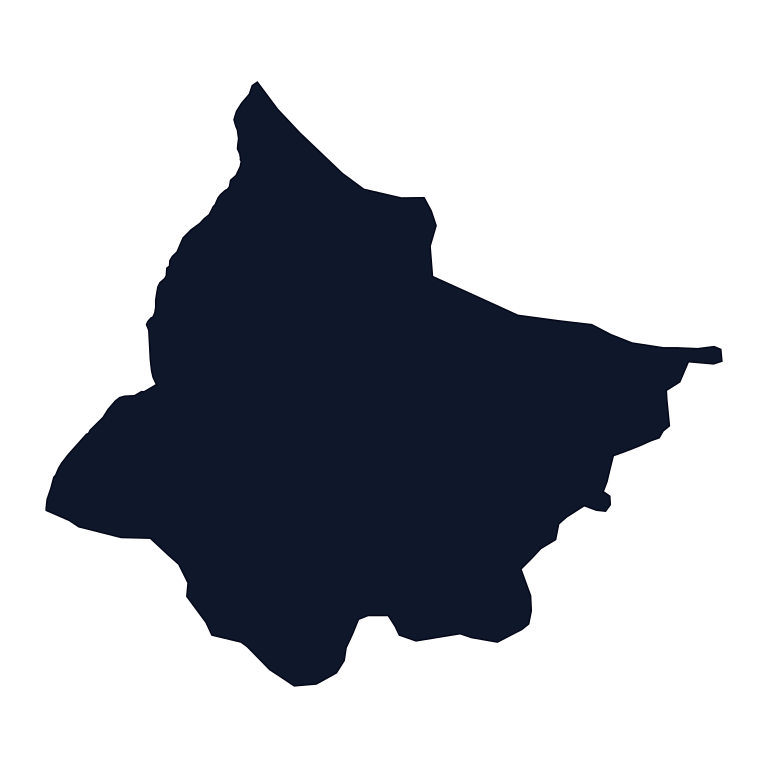 the district of Faro-et-Deo, Adamaoua, Cameroon
{"feature_id": "32672807B79440248069412", "entity_name": "Faro-et-Deo", "entity_type": "district", "adm_level": 2, "iso_a3": "CMR", "parent_name": "Cameroon", "parent_adm1": "Adamaoua", "projection": "orthographic", "projection_center": [12.392, 7.524], "detail": "fine", "context": "isolated", "style": "filled", "palette": "ink", "viewbox_px": 768, "rotation_deg": 0, "n_neighbors": 0, "source": "geoboundaries", "source_scale": "gbopen_adm2", "svg_char_len": 2115}
<svg xmlns="http://www.w3.org/2000/svg" viewBox="0 0 768 768"><path d="M521.9,629.4L524.5,627.3L528.7,623.9L531.3,610.8L530.6,595.8L520.9,569.1L531.3,558.7L540.8,548.5L555.6,539.6L558.7,523.9L566.7,516.9L584.2,505.7L596.4,510.2L605.6,511.2L610.3,504.7L609.8,496.2L603.2,491.6L607.0,481.6L609.9,469.4L613.3,455.7L624.5,451.7L639.8,445.7L650.4,440.9L659.2,437.8L663.1,431.0L669.4,425.9L666.8,399.1L666.3,390.4L679.8,381.9L688.4,361.7L713.5,363.9L721.9,361.2L720.8,349.4L714.1,346.6L697.7,348.7L676.5,347.8L663.3,347.8L632.0,343.0L610.6,334.5L591.8,324.7L557.9,320.7L517.8,315.3L483.0,299.4L480.6,298.3L432.5,276.5L430.1,246.2L436.1,225.6L431.3,211.1L424.1,197.7L401.3,198.0L363.8,189.3L342.4,173.5L338.7,170.0L299.8,132.9L277.6,109.3L257.3,82.1L252.2,85.6L249.4,94.1L244.8,99.5L241.5,103.4L236.5,111.4L235.0,116.2L234.0,119.7L235.7,125.9L237.4,129.9L238.6,138.6L237.9,144.0L237.5,148.9L239.8,153.9L240.5,158.3L240.3,159.7L241.3,161.2L240.2,166.7L236.0,175.5L230.6,180.2L229.5,186.6L227.4,189.4L225.4,190.3L222.8,192.6L220.6,194.6L218.1,197.8L215.1,204.8L213.4,206.4L209.3,214.6L204.1,218.8L199.9,223.4L191.2,229.7L183.1,237.9L181.8,240.9L177.0,252.0L172.4,256.4L169.9,260.6L169.5,266.1L166.8,268.2L166.3,275.7L164.6,278.7L160.0,282.6L157.9,286.8L157.0,291.8L155.7,300.0L155.7,307.4L154.8,312.8L153.0,316.9L150.7,318.2L147.9,321.5L146.5,324.5L148.8,330.3L149.7,347.2L150.3,359.3L151.6,370.9L153.1,377.4L156.5,384.5L144.1,391.8L141.5,391.6L138.3,393.5L134.5,395.7L124.7,396.2L119.7,397.6L115.3,401.0L108.2,409.3L103.0,417.5L93.5,426.9L91.7,428.7L90.3,430.0L88.6,433.3L86.4,434.3L68.1,454.8L62.0,462.7L58.8,467.9L56.9,472.3L55.7,475.1L53.8,477.3L50.8,488.6L47.1,499.4L46.1,508.8L46.2,510.4L69.4,520.5L78.8,526.8L121.2,537.5L150.3,538.2L168.2,554.9L178.8,564.3L188.1,583.0L187.8,585.6L186.8,596.4L206.0,622.4L211.9,635.1L239.0,641.6L241.0,642.1L247.2,646.6L269.7,669.6L294.3,685.9L316.3,684.0L336.4,672.9L344.2,660.5L346.1,647.8L352.6,633.8L358.5,619.3L368.1,615.5L388.2,615.5L395.3,626.6L399.2,635.0L416.0,640.9L460.1,633.7L471.7,637.6L497.4,642.1L521.9,629.4Z" fill="#0f172a" stroke="#020617" stroke-width="1.5"/></svg>